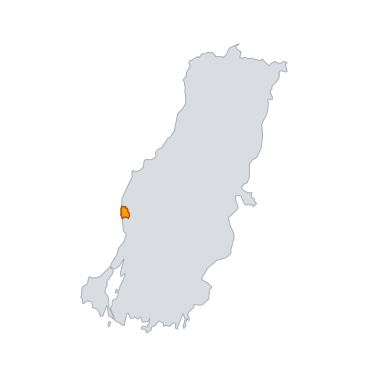 where Bartın sits in Turkey, rotated 293°
{"feature_id": "TUR-5521", "entity_name": "Bartın", "entity_type": "Province", "adm_level": 1, "iso_a3": "TUR", "parent_name": "Turkey", "parent_adm1": "", "projection": "natural_earth1", "projection_center": [32.482, 41.593], "detail": "fine", "context": "in_parent", "style": "filled", "palette": "amber", "viewbox_px": 384, "rotation_deg": 293, "n_neighbors": 0, "source": "natural_earth", "source_scale": "10m", "svg_char_len": 4218}
<svg xmlns="http://www.w3.org/2000/svg" viewBox="0 0 384 384"><g transform="rotate(293 192 192)"><path d="M291.8,139.9L296.9,141.6L298.6,140.3L303.2,140.5L307.3,141.4L309.5,138.6L312.4,138.9L313.0,140.4L314.4,140.9L318.8,144.5L318.3,145.0L319.4,146.3L323.2,147.2L323.6,149.1L326.5,151.8L328.2,156.1L327.4,159.0L325.9,160.9L328.4,167.3L327.8,168.1L332.3,170.2L337.9,169.9L339.8,170.8L345.4,175.9L346.9,177.8L343.0,175.4L341.0,177.5L340.1,182.5L334.2,183.4L335.2,186.6L336.9,188.1L336.5,191.2L336.9,192.4L338.7,194.4L338.5,197.2L339.3,200.1L339.5,203.6L342.0,204.7L340.9,206.3L338.4,213.4L338.6,213.9L340.5,214.1L344.8,217.4L344.1,218.5L344.7,223.0L348.5,226.0L347.9,227.5L348.1,229.0L345.5,228.3L340.3,232.4L339.7,232.2L338.9,230.8L338.6,226.8L337.3,225.7L335.6,225.5L332.8,227.3L330.1,227.3L327.5,226.9L320.5,224.4L317.9,225.3L315.2,224.3L310.2,229.3L308.6,229.7L307.7,227.2L305.9,225.8L303.6,227.7L294.7,230.1L290.6,230.5L285.5,229.7L281.4,229.9L270.2,235.5L259.4,238.4L249.7,238.2L244.3,234.7L240.1,233.9L227.8,239.2L221.7,239.0L219.6,236.8L214.9,235.9L213.9,238.0L213.0,243.0L214.7,247.6L212.1,247.8L210.4,248.9L210.0,252.3L207.6,253.6L206.8,255.8L206.4,255.8L202.5,254.1L203.5,252.4L201.1,246.0L202.2,244.0L207.2,238.9L207.0,235.8L204.9,233.7L198.5,237.5L197.9,239.0L196.5,240.1L194.1,240.6L182.7,235.6L176.1,240.0L170.5,246.3L166.2,248.6L153.5,250.4L151.3,251.6L147.0,250.3L144.4,248.6L138.6,241.4L127.6,236.0L115.9,234.7L114.9,236.1L114.5,241.6L112.6,246.8L111.6,247.4L109.0,246.1L100.1,249.2L92.4,245.7L91.1,244.2L89.4,238.2L88.3,237.7L87.1,238.6L85.8,238.5L80.3,235.9L77.4,235.7L75.6,238.3L72.6,239.4L72.6,238.6L73.7,237.0L69.1,237.3L66.7,238.6L63.3,237.8L63.6,237.1L66.3,236.3L72.5,235.3L76.4,231.3L61.7,231.5L60.3,232.4L60.1,230.3L61.0,229.3L64.8,228.6L64.6,226.8L62.3,224.9L59.7,224.0L58.6,219.6L57.3,218.5L57.5,217.9L59.9,217.1L60.5,213.9L60.1,211.9L55.4,210.2L54.4,210.4L53.2,208.7L51.2,207.4L49.5,208.4L44.8,205.8L45.7,203.9L46.9,204.0L47.2,202.5L46.3,200.0L46.4,198.7L47.4,198.4L48.6,198.6L49.8,200.1L49.9,202.9L51.1,204.6L52.0,202.9L54.2,203.9L58.1,203.0L58.9,202.3L56.0,202.3L55.0,201.6L52.7,197.0L55.1,195.6L56.9,193.4L53.7,191.9L54.4,188.7L51.6,185.1L55.5,180.5L55.3,179.9L54.1,179.6L42.4,181.6L42.3,179.5L43.2,177.7L43.2,173.3L43.8,170.9L45.9,170.2L48.7,166.7L53.0,162.6L57.4,162.6L59.2,161.5L61.9,161.4L62.6,163.1L64.9,164.2L69.0,164.0L71.0,162.9L69.1,160.9L71.5,160.3L73.3,160.7L72.3,163.0L72.8,163.2L78.2,162.5L83.7,163.0L89.8,162.8L90.6,162.1L86.3,159.8L89.1,157.9L90.6,157.5L103.5,155.7L103.5,155.2L95.7,154.2L91.7,151.6L90.6,150.2L91.4,146.8L92.3,145.9L95.1,145.7L104.7,147.3L111.6,146.4L119.1,148.7L126.3,148.2L127.8,147.2L129.6,143.9L139.8,138.4L143.3,135.6L159.1,130.0L182.7,131.0L186.8,128.8L189.2,129.5L188.5,131.0L188.7,132.3L191.5,135.6L195.8,137.5L201.6,135.9L203.7,136.5L205.8,141.7L209.5,144.8L211.2,145.0L213.4,143.2L215.5,143.0L219.0,144.8L220.2,146.6L231.6,148.8L233.9,150.3L241.6,151.9L258.4,148.2L264.7,150.7L269.9,151.5L272.1,151.2L278.8,148.2L280.9,146.5L285.1,145.1L290.3,141.8L291.8,139.9ZM74.2,130.7L73.7,133.0L74.7,135.6L77.0,139.1L79.4,140.9L90.8,145.7L89.1,150.2L86.3,150.9L76.5,148.7L72.4,150.6L69.6,150.1L65.6,150.9L64.4,153.6L61.5,156.7L53.6,160.6L46.3,168.2L44.2,169.2L45.2,166.6L45.1,164.3L48.3,161.7L52.8,159.6L54.0,158.0L42.8,158.3L41.8,155.9L43.0,155.5L46.6,151.3L47.1,149.6L46.8,145.5L51.2,143.2L51.6,142.2L51.0,138.2L46.8,135.8L47.0,134.7L50.0,133.6L51.7,130.8L56.0,130.2L58.1,128.9L61.9,128.2L66.5,131.7L72.0,130.4L74.2,130.7ZM40.4,167.9L36.7,168.6L35.5,167.9L36.7,166.7L39.6,165.9L40.6,167.1L40.4,167.9Z" fill="#d9dde1" stroke="#a8b0b8" stroke-width="1"/><path d="M140.5,138.2L141.0,138.0L141.3,137.4L142.3,136.3L142.4,136.2L142.6,135.8L143.2,135.6L144.1,135.6L144.1,135.4L144.4,135.3L144.4,135.2L144.5,135.1L144.8,135.3L145.1,135.2L145.5,134.8L145.7,134.6L146.8,134.0L147.0,133.9L147.5,133.8L147.9,133.6L148.3,133.3L148.7,133.2L149.1,133.4L149.3,133.4L150.3,133.1L150.6,132.9L150.8,133.0L151.3,132.9L151.4,134.1L151.9,135.1L152.5,136.5L151.4,137.2L151.6,138.7L150.1,140.1L149.1,140.3L148.4,141.8L146.5,143.3L144.8,143.7L143.0,143.7L143.3,141.9L142.7,140.5L142.4,139.5L141.4,139.1L140.5,138.2Z" fill="#f59e0b" stroke="#b45309" stroke-width="1.5"/></g></svg>